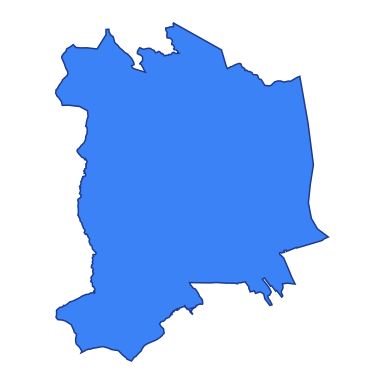 outline of Teisani, Prahova, Romania
{"feature_id": "2599482B15804896567497", "entity_name": "Teisani", "entity_type": "district", "adm_level": 2, "iso_a3": "ROU", "parent_name": "Romania", "parent_adm1": "Prahova", "projection": "mercator", "projection_center": [25.998, 45.225], "detail": "fine", "context": "isolated", "style": "filled", "palette": "blue", "viewbox_px": 384, "rotation_deg": 0, "n_neighbors": 0, "source": "geoboundaries", "source_scale": "gbopen_adm2", "svg_char_len": 5772}
<svg xmlns="http://www.w3.org/2000/svg" viewBox="0 0 384 384"><path d="M197.1,304.9L200.2,304.1L202.4,304.2L202.7,303.7L202.5,300.3L201.7,298.9L199.5,296.3L198.5,293.7L195.5,289.1L193.1,288.1L190.3,284.4L189.6,282.6L210.0,282.9L216.3,282.5L225.9,283.1L235.5,283.2L237.2,283.9L237.7,283.7L238.4,282.7L240.8,282.8L245.1,281.8L248.7,286.7L248.9,288.8L249.6,290.0L250.2,291.9L254.4,290.9L255.5,293.4L260.1,291.9L261.2,292.3L263.9,294.2L263.9,295.1L265.0,299.1L269.8,305.4L272.0,304.9L271.6,303.5L270.3,301.9L270.5,301.4L270.3,301.1L268.4,298.5L267.8,295.8L269.7,295.1L271.2,292.0L269.5,288.5L267.3,285.3L262.4,279.2L264.4,278.0L270.6,286.3L271.8,285.9L275.7,291.2L276.7,290.5L281.7,297.1L282.7,296.1L282.7,295.4L281.4,293.2L281.4,292.3L281.5,291.0L282.8,288.5L283.0,287.5L283.0,286.1L282.4,283.8L287.7,283.2L295.1,284.1L291.4,276.4L288.6,269.4L283.7,258.0L280.7,255.0L279.6,254.4L279.7,252.8L280.4,252.5L281.6,253.0L284.4,252.2L283.5,251.3L284.3,250.4L284.8,250.6L286.1,250.1L286.5,251.4L296.6,247.4L296.8,248.0L320.9,240.9L322.3,240.4L324.2,238.8L328.3,237.0L317.5,228.9L311.4,218.5L308.4,202.9L310.3,184.4L313.4,164.8L308.0,122.9L299.8,76.3L297.3,77.3L290.2,81.4L288.8,81.0L284.0,82.1L280.3,80.9L277.4,81.0L274.7,81.9L271.6,84.9L269.7,85.9L264.8,85.4L261.2,79.5L259.4,79.1L258.3,77.8L258.0,76.2L257.4,75.3L256.6,74.8L253.5,74.7L252.8,74.1L251.9,72.5L249.8,71.5L248.6,71.6L246.7,70.2L245.5,70.6L244.9,70.4L244.8,69.9L245.0,69.5L244.7,68.6L241.8,66.7L241.0,64.1L240.2,63.5L238.7,63.5L235.3,64.7L231.7,66.6L230.5,66.8L227.4,68.7L226.0,65.5L221.5,49.9L173.5,23.0L173.1,23.7L173.5,25.6L173.2,26.8L170.0,26.9L168.1,27.7L165.7,28.0L165.8,29.9L167.3,32.9L166.8,34.5L167.0,37.5L167.1,37.8L168.4,38.1L170.2,38.0L172.1,40.2L172.5,41.4L171.9,42.6L171.7,44.6L173.2,44.9L174.4,47.1L174.4,47.9L173.6,48.5L173.7,49.1L174.2,49.6L176.2,50.0L178.0,51.5L177.7,52.5L179.0,53.1L177.8,53.6L174.9,53.2L173.9,52.2L173.6,52.3L172.1,52.9L171.8,53.8L171.0,54.5L169.7,54.4L168.8,54.6L168.5,55.2L166.1,55.3L164.5,55.9L163.1,54.1L162.1,53.4L161.4,53.7L159.8,51.8L158.8,51.4L155.9,52.8L155.3,52.6L154.4,50.6L152.6,49.9L150.4,48.4L147.8,48.3L143.5,49.3L139.7,47.7L137.6,51.0L137.3,53.2L138.0,54.1L139.7,54.7L142.2,56.3L142.6,57.3L142.5,60.8L139.8,63.5L140.0,64.1L140.8,64.2L141.5,65.0L145.4,72.3L133.6,68.6L132.6,67.8L131.6,66.3L131.7,65.6L133.8,64.9L134.1,64.4L133.7,62.3L131.7,58.5L127.7,54.2L124.6,52.3L121.8,49.5L120.5,48.7L117.0,44.5L115.6,43.6L114.7,42.3L113.2,36.8L110.6,34.8L109.2,32.1L108.9,29.2L106.0,29.5L106.0,34.7L97.1,49.0L87.2,47.8L80.5,47.9L76.0,47.5L73.2,44.6L70.0,47.1L67.0,48.6L66.5,49.3L65.9,51.4L63.8,53.4L62.2,55.7L61.7,56.9L61.9,58.3L64.5,64.1L65.7,67.9L67.8,72.0L67.8,73.6L67.4,75.3L63.0,79.4L62.3,80.3L62.1,81.2L58.7,86.0L57.4,88.6L56.1,89.7L55.7,93.4L56.4,94.4L56.7,95.7L58.4,97.4L61.3,101.3L62.3,105.4L68.7,105.2L79.6,106.5L87.5,110.7L88.1,116.7L87.2,119.0L86.7,121.6L86.4,122.1L86.3,124.3L85.6,126.3L86.7,127.0L87.4,129.9L87.0,131.5L87.1,133.2L85.7,136.6L85.6,139.4L84.6,141.7L83.8,143.0L80.8,145.9L79.7,147.6L77.6,149.4L77.0,150.6L77.5,152.0L79.3,154.5L80.7,155.7L81.5,157.0L83.8,158.0L84.8,159.6L85.6,158.9L85.8,159.9L86.6,160.5L87.1,161.4L86.5,163.2L85.9,163.9L86.2,164.2L85.9,164.7L86.3,165.5L85.7,166.4L86.3,167.9L84.7,169.0L84.6,170.0L84.0,170.5L84.6,171.1L84.0,171.7L84.8,172.3L84.2,173.4L85.4,173.4L85.7,174.6L85.5,175.9L82.8,176.6L83.1,177.8L82.0,178.4L82.0,179.6L80.8,181.8L81.1,183.6L80.4,185.4L79.5,186.5L79.6,187.0L80.5,187.3L80.8,187.7L79.9,188.6L80.5,190.5L80.4,191.4L79.6,193.4L79.7,193.9L81.2,195.0L80.8,195.9L81.1,196.4L81.0,197.0L80.0,198.0L78.6,198.7L77.9,199.6L77.9,200.9L78.4,203.1L78.0,204.9L78.2,205.6L77.9,206.9L78.5,208.0L78.2,208.9L78.4,212.0L77.9,215.3L78.6,216.0L79.0,217.4L79.8,218.5L80.1,220.8L81.7,222.8L82.3,225.4L83.2,226.7L83.2,227.8L85.0,230.0L85.0,230.8L84.2,232.3L84.6,233.4L85.7,234.4L86.6,234.0L87.5,235.0L87.5,235.7L88.0,236.4L88.2,237.2L89.6,238.8L89.1,241.1L89.4,242.6L90.2,243.9L90.2,244.7L92.0,246.1L92.5,249.1L96.1,252.9L95.9,254.0L95.4,254.4L94.8,254.7L93.6,254.4L92.9,254.8L93.5,256.6L92.3,257.4L92.9,260.5L92.3,261.9L92.8,263.6L91.6,265.3L91.4,267.6L92.9,268.4L93.3,269.6L92.7,270.5L92.7,271.3L92.9,272.9L93.7,273.5L93.0,274.7L92.4,275.1L92.2,276.1L91.0,277.4L91.0,278.3L91.5,279.6L91.4,280.3L90.7,281.1L90.7,281.6L92.4,282.7L92.3,284.6L92.6,286.5L93.5,286.5L94.9,289.0L94.9,289.7L94.7,290.2L93.6,291.2L93.7,291.6L94.8,292.2L94.8,292.9L90.9,292.9L88.3,294.3L86.2,294.4L82.5,295.9L79.7,297.7L73.0,301.0L69.8,301.9L65.8,305.2L64.3,305.7L63.9,305.3L62.5,306.8L61.0,307.4L60.1,307.2L56.9,309.8L56.9,310.4L56.5,310.6L56.6,314.6L56.0,317.2L57.7,319.6L62.6,320.1L65.4,321.0L71.3,324.8L73.6,329.9L74.5,332.6L76.5,334.1L75.6,339.4L75.8,342.3L76.4,344.1L79.7,347.4L81.8,351.1L81.1,352.8L87.7,349.3L90.1,349.2L93.0,348.3L101.5,346.8L103.5,346.7L108.3,348.1L111.8,349.6L118.3,350.6L123.0,355.3L126.3,358.0L127.0,359.2L131.5,361.0L134.5,356.9L135.8,356.5L139.1,352.8L141.0,351.2L142.4,348.3L144.5,345.5L147.4,343.7L156.7,339.7L160.6,337.0L164.2,333.2L163.5,328.8L160.7,326.0L159.5,324.0L161.2,321.7L163.8,321.0L165.5,319.4L165.6,318.9L166.4,318.1L167.3,318.1L169.1,317.3L170.1,315.8L170.5,315.8L170.6,314.5L171.4,314.5L171.0,314.0L171.4,313.5L171.9,313.6L171.6,313.1L173.3,311.8L174.7,311.4L173.2,311.5L173.0,311.3L173.2,311.1L175.5,310.0L177.6,310.2L177.8,310.0L177.4,309.9L177.2,309.5L176.3,309.5L176.2,309.2L177.7,308.5L178.5,309.0L179.1,309.0L180.1,307.6L181.5,307.5L184.2,306.3L184.8,305.6L185.2,306.2L185.0,307.0L185.9,307.8L186.6,307.8L186.6,308.4L187.2,309.4L188.1,309.1L189.3,309.8L189.2,310.3L189.8,310.8L190.1,311.9L192.2,314.1L192.5,313.5L191.8,313.1L191.2,310.8L192.1,309.9L192.0,309.0L192.6,308.8L191.2,308.3L195.5,307.3L195.8,306.0L196.9,305.7L196.8,305.3L197.1,304.9Z" fill="#3b82f6" stroke="#1e3a8a" stroke-width="1.5"/></svg>